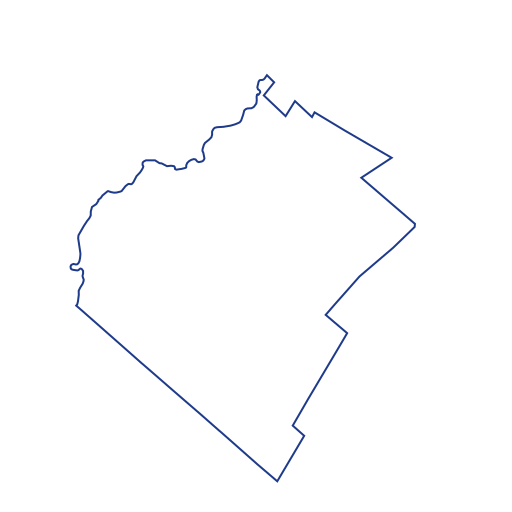 the district of Cheshire, New Hampshire, United States of America, rotated 39°
{"feature_id": "52423323B8710872997835", "entity_name": "Cheshire", "entity_type": "district", "adm_level": 2, "iso_a3": "USA", "parent_name": "United States of America", "parent_adm1": "New Hampshire", "projection": "mercator", "projection_center": [-72.424, 42.947], "detail": "fine", "context": "isolated", "style": "outline", "palette": "blue", "viewbox_px": 512, "rotation_deg": 39, "n_neighbors": 0, "source": "geoboundaries", "source_scale": "gbopen_adm2", "svg_char_len": 2254}
<svg xmlns="http://www.w3.org/2000/svg" viewBox="0 0 512 512"><g transform="rotate(39 256 256)"><path d="M235.9,411.3L275.9,412.7L315.8,414.0L322.6,414.3L337.5,414.9L338.9,414.9L387.9,417.0L414.3,417.7L406.6,365.4L391.3,364.7L386.5,334.2L377.9,275.3L376.8,267.9L375.4,258.6L347.2,257.9L347.7,243.4L348.9,216.4L349.3,206.8L357.4,163.2L361.0,133.6L359.3,131.0L288.6,128.9L299.6,94.3L246.2,102.6L211.1,107.5L212.1,112.8L188.8,111.1L191.0,128.7L161.0,126.3L160.8,109.6L150.7,108.6L151.0,112.8L150.8,114.0L150.3,115.0L148.5,116.7L148.2,117.4L148.3,118.8L150.8,124.0L152.6,125.2L154.7,125.1L155.8,125.6L156.3,126.2L156.5,128.7L156.4,129.2L155.4,129.4L155.3,130.1L156.3,131.9L157.8,133.6L158.8,134.8L160.3,137.3L160.5,141.2L160.3,142.2L159.4,144.1L156.5,146.7L155.6,148.4L155.3,150.3L157.2,154.5L159.2,160.1L159.2,162.3L158.7,163.5L156.9,166.8L154.2,170.7L149.4,176.1L144.8,180.3L143.4,182.1L143.0,183.6L143.3,186.0L143.7,187.1L145.6,189.4L146.6,191.8L146.3,195.1L145.2,200.2L145.5,202.3L147.2,206.5L148.2,208.0L150.2,209.0L154.5,212.6L154.9,213.7L154.9,215.6L154.3,216.8L152.4,219.1L150.8,219.5L148.3,219.0L146.7,219.8L145.2,222.0L144.3,224.3L144.0,227.1L144.7,229.4L145.9,230.9L145.9,231.7L143.7,234.7L139.7,239.1L138.3,239.3L137.0,238.1L135.8,237.8L133.2,239.3L130.3,242.2L124.4,243.4L122.6,244.6L117.3,245.2L110.3,250.9L109.4,252.8L109.1,254.4L109.5,255.3L110.6,256.7L111.6,257.0L112.2,257.5L112.7,259.0L113.1,261.3L113.3,264.1L112.9,269.1L114.3,276.0L114.2,278.0L113.8,278.8L111.8,280.0L111.3,280.8L110.6,283.8L110.7,290.1L110.0,291.4L107.8,294.3L106.0,296.0L103.1,297.6L100.3,298.6L99.9,299.1L98.6,305.6L98.8,308.6L98.2,311.5L98.3,311.9L98.8,312.3L99.2,316.2L97.7,321.0L98.0,321.8L99.6,325.4L102.1,328.6L102.7,331.6L102.7,335.1L103.3,341.0L105.0,351.6L106.6,354.1L117.3,363.9L118.6,365.3L120.6,368.4L122.1,371.3L122.5,373.3L122.3,374.9L121.4,375.9L119.1,377.1L118.1,379.0L118.4,380.8L120.0,382.3L121.1,382.4L122.5,381.9L126.2,379.7L126.9,378.7L127.2,376.7L127.6,376.1L128.9,375.8L131.0,376.4L132.7,378.5L133.4,380.1L134.2,381.1L137.0,382.8L137.8,384.1L138.7,386.5L139.3,391.3L140.1,394.6L142.8,397.8L146.2,403.3L147.5,406.1L147.5,407.7L151.1,407.8L170.9,408.6L214.1,410.4L234.4,411.3L235.9,411.3Z" fill="none" stroke="#1e3a8a" stroke-width="2"/></g></svg>